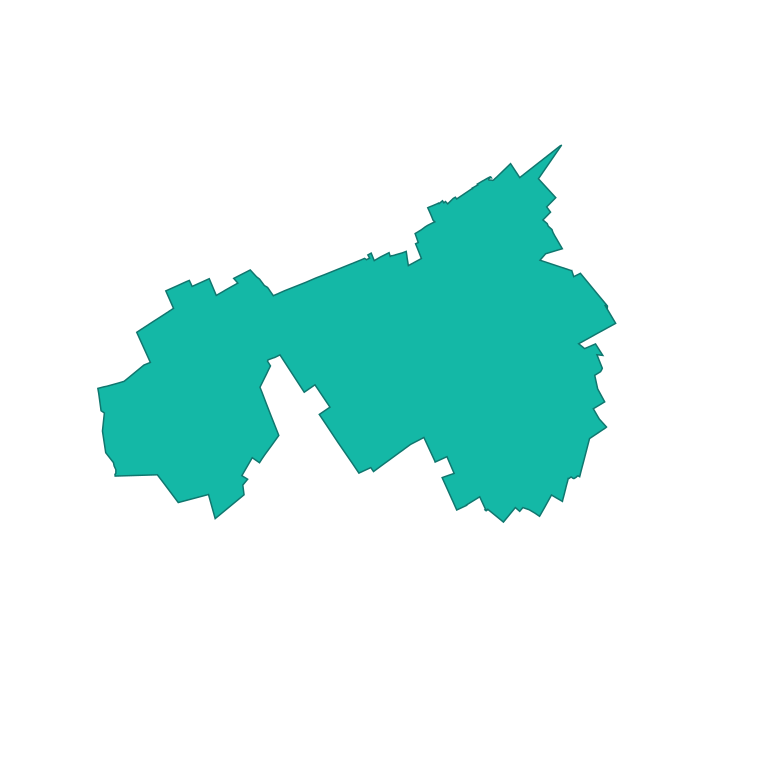 the district of Llera, Tamaulipas, Mexico, rotated 148°
{"feature_id": "50627088B23669554606070", "entity_name": "Llera", "entity_type": "district", "adm_level": 2, "iso_a3": "MEX", "parent_name": "Mexico", "parent_adm1": "Tamaulipas", "projection": "mercator", "projection_center": [-98.912, 23.298], "detail": "fine", "context": "isolated", "style": "filled", "palette": "teal", "viewbox_px": 768, "rotation_deg": 148, "n_neighbors": 0, "source": "geoboundaries", "source_scale": "gbopen_adm2", "svg_char_len": 4251}
<svg xmlns="http://www.w3.org/2000/svg" viewBox="0 0 768 768"><g transform="rotate(148 384 384)"><path d="M107.2,492.4L108.3,492.6L147.6,488.4L159.5,487.1L159.9,503.8L177.2,500.1L177.9,499.9L180.9,499.4L181.1,499.4L182.2,499.1L182.5,499.0L182.8,499.0L183.1,498.9L184.0,499.1L184.3,499.5L185.6,500.5L186.8,501.1L186.9,501.9L186.6,502.4L185.1,502.7L184.6,502.7L183.7,502.0L183.7,502.7L184.1,503.4L187.5,503.7L190.3,503.8L190.9,503.8L191.6,503.8L191.8,503.9L194.1,504.0L195.2,504.0L196.1,504.0L199.0,504.1L199.0,503.1L205.3,503.4L205.3,502.8L205.5,502.8L206.1,502.9L206.3,503.0L212.6,502.8L218.8,502.6L224.3,502.4L224.5,504.6L226.9,504.7L234.5,503.0L235.2,506.2L237.2,505.9L237.3,508.4L241.7,507.8L241.7,508.5L243.6,508.7L248.7,509.5L251.9,510.1L253.5,510.3L254.2,505.1L255.1,499.4L255.3,498.5L255.6,497.0L255.0,494.6L257.5,494.9L261.8,495.3L262.9,495.4L266.0,495.4L269.2,495.1L270.8,495.0L277.9,495.1L280.0,485.8L282.9,486.2L284.4,477.8L285.4,472.6L285.8,470.6L300.6,471.5L297.3,479.3L296.7,480.5L296.5,481.0L294.9,484.7L299.5,485.6L299.9,485.8L300.3,485.9L300.7,486.0L302.4,486.5L306.2,487.6L306.7,487.6L307.1,487.8L308.7,488.3L309.6,488.8L311.1,488.9L310.1,492.7L320.0,493.6L326.9,493.8L325.5,501.8L329.3,502.0L329.5,498.4L333.0,498.7L333.9,500.8L338.3,501.5L347.9,503.2L376.7,508.3L385.5,510.0L396.7,511.7L417.4,515.5L419.0,515.8L424.7,516.6L425.6,516.7L426.7,516.8L426.9,516.9L430.7,517.5L431.1,517.5L431.1,518.4L431.3,521.7L431.5,526.6L431.6,527.5L431.8,528.1L432.8,530.0L433.1,530.5L433.3,531.1L433.9,538.3L434.0,539.0L435.3,542.5L437.0,551.6L455.5,553.2L454.5,547.0L460.5,547.3L469.3,547.7L471.2,547.7L479.3,548.0L476.4,565.9L494.1,568.3L495.0,568.4L494.2,575.0L497.0,575.5L499.2,575.8L508.2,577.0L519.7,578.6L522.4,559.7L535.0,559.4L545.2,559.3L566.3,558.9L570.7,526.1L577.5,527.3L598.9,524.5L603.0,524.0L608.5,525.5L620.3,529.0L623.2,530.1L629.0,531.9L631.0,527.0L638.1,511.3L636.5,507.6L647.7,493.3L656.4,473.2L655.1,460.7L656.3,457.5L656.8,453.4L658.8,450.3L660.0,450.0L660.8,448.4L624.3,427.1L624.3,426.8L623.4,417.2L621.3,392.5L591.4,383.3L598.5,359.3L561.4,364.2L557.3,373.1L550.1,375.5L553.1,381.6L534.8,391.3L531.3,383.2L527.3,385.1L522.5,387.2L520.8,387.9L512.0,391.4L500.5,396.1L499.9,399.2L496.6,417.2L494.1,430.3L492.0,440.9L490.9,447.0L486.0,450.0L481.8,452.6L478.2,454.8L475.1,456.8L470.7,459.5L470.7,465.1L469.5,465.9L464.1,464.8L462.7,464.4L456.8,463.8L456.0,419.3L443.0,419.9L442.8,415.0L442.1,393.0L455.0,392.5L454.5,376.8L454.0,358.6L452.9,333.8L452.5,321.7L450.4,321.5L450.1,321.4L447.3,321.1L446.6,321.0L445.0,320.8L439.5,320.1L439.3,315.3L429.1,316.1L423.8,316.5L423.3,316.5L413.9,317.2L407.2,317.7L403.9,317.9L402.4,318.0L400.7,318.2L398.8,318.3L393.5,318.7L378.5,317.5L381.7,292.0L382.0,290.7L369.1,289.0L369.5,286.7L371.9,271.0L377.5,272.3L384.3,273.8L384.9,269.5L386.0,261.2L387.5,250.3L387.7,248.5L387.9,247.1L388.5,243.0L389.1,238.6L378.3,237.3L378.3,237.7L362.6,237.6L364.3,224.1L365.1,223.9L364.6,222.4L363.1,222.9L363.0,222.4L362.3,222.6L362.0,221.6L357.9,209.6L355.9,203.6L338.1,209.6L336.4,204.1L331.7,205.6L327.5,200.4L324.3,194.2L324.1,193.7L322.2,189.4L321.0,190.0L313.4,194.1L300.8,201.1L298.2,196.1L294.9,189.9L292.8,192.0L292.0,192.7L288.3,196.2L287.6,196.9L285.6,198.8L284.2,200.2L282.3,202.0L280.0,204.1L277.9,206.2L277.8,206.3L277.4,205.9L277.1,205.8L276.7,205.9L275.0,206.0L274.7,206.0L274.5,205.9L273.7,203.9L273.4,203.5L273.1,203.2L272.8,203.1L271.1,203.1L270.7,203.1L270.4,203.1L269.2,203.4L268.7,203.4L268.4,203.4L268.2,203.3L268.1,203.2L267.9,202.9L267.5,202.3L267.2,201.7L266.9,202.0L266.6,202.3L266.1,202.7L265.6,203.2L264.4,204.4L260.6,208.0L256.0,212.3L251.9,216.2L238.6,228.8L219.2,229.4L218.1,229.6L220.0,240.2L219.9,243.4L219.6,252.1L206.3,251.9L205.4,266.6L200.7,279.7L193.8,279.7L191.7,280.8L190.5,281.7L187.9,296.0L183.3,292.3L183.4,305.9L195.1,307.7L197.6,315.0L178.6,314.0L155.4,312.7L154.9,333.5L154.4,333.5L154.5,329.9L153.2,331.7L155.1,345.7L158.8,373.8L161.3,374.0L166.2,374.5L164.7,380.6L164.8,380.6L186.1,406.3L177.9,408.8L166.8,405.8L161.1,404.2L160.7,417.2L160.7,418.6L160.4,423.0L159.7,426.0L161.1,430.8L160.6,433.5L162.3,438.9L151.7,441.5L152.2,448.0L139.6,451.0L142.9,468.7L144.3,476.2L107.2,492.3L107.2,492.4Z" fill="#14b8a6" stroke="#0f766e" stroke-width="1.5"/></g></svg>